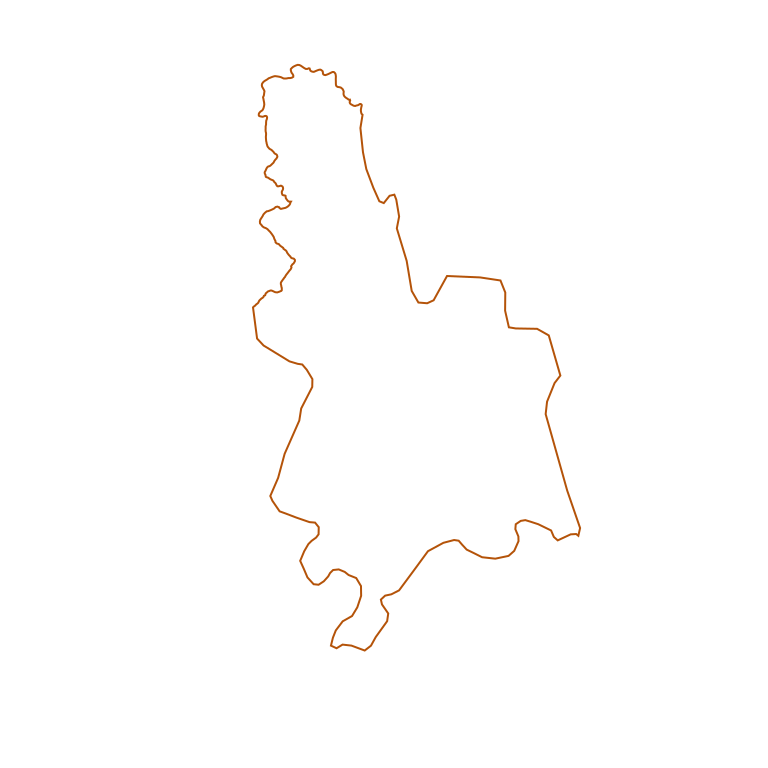 Suárez, Canelones, Uruguay (Equal Earth projection), rotated 116°
{"feature_id": "84410073B82028195358702", "entity_name": "Suárez", "entity_type": "district", "adm_level": 2, "iso_a3": "URY", "parent_name": "Uruguay", "parent_adm1": "Canelones", "projection": "equal_earth", "projection_center": [-56.061, -34.736], "detail": "fine", "context": "isolated", "style": "outline", "palette": "amber", "viewbox_px": 768, "rotation_deg": 116, "n_neighbors": 0, "source": "geoboundaries", "source_scale": "gbopen_adm2", "svg_char_len": 6046}
<svg xmlns="http://www.w3.org/2000/svg" viewBox="0 0 768 768"><g transform="rotate(116 384 384)"><path d="M642.4,317.0L642.3,310.8L636.4,307.0L633.4,298.6L632.0,284.5L624.9,281.0L615.1,280.5L595.8,277.2L588.4,279.6L583.0,289.2L579.1,292.3L573.7,290.2L569.8,285.2L562.9,280.0L539.3,275.6L515.0,271.2L500.7,261.0L493.5,252.6L492.1,248.2L494.2,243.3L496.6,237.1L496.6,229.0L496.7,219.9L492.2,207.4L483.9,196.7L476.9,193.8L466.3,194.2L462.1,196.4L456.9,202.3L452.3,204.1L447.1,201.1L444.4,197.3L443.5,191.8L442.4,183.9L442.4,169.6L447.0,164.3L448.4,159.3L437.3,150.3L434.6,145.5L435.2,142.8L427.5,144.6L399.5,172.6L340.2,225.5L328.4,229.7L308.4,231.1L299.1,229.2L268.1,257.2L267.3,270.6L276.3,289.9L278.3,296.6L265.0,307.3L248.6,315.1L239.9,324.7L246.1,344.4L259.3,374.7L287.0,376.1L292.5,380.6L295.7,388.8L288.2,399.9L263.4,417.6L238.5,440.7L226.9,443.8L212.9,453.8L209.3,457.7L212.4,461.5L221.5,463.5L221.8,468.3L212.3,479.6L198.6,494.1L184.9,504.5L164.3,517.4L151.4,521.3L151.0,522.6L150.3,523.3L149.1,524.2L147.9,524.9L146.7,525.3L145.3,525.7L143.8,526.0L143.0,526.3L142.6,527.0L142.6,527.8L143.1,528.6L144.0,529.0L144.7,529.5L145.2,530.1L146.0,531.1L146.7,531.7L147.1,532.8L147.2,533.7L147.1,535.1L147.1,536.2L146.8,537.3L146.2,538.1L145.5,538.5L144.8,538.6L144.0,538.7L143.4,539.3L143.8,539.7L143.9,540.6L143.6,541.8L143.5,543.1L143.2,544.6L142.7,545.9L141.7,547.1L140.7,547.7L138.8,548.4L137.8,549.5L137.1,550.4L136.8,551.5L136.5,552.6L136.6,553.5L136.9,554.6L137.3,555.8L137.2,557.2L136.4,558.2L135.2,558.9L134.0,559.5L132.6,560.2L131.5,560.8L130.2,561.4L128.8,562.0L128.0,562.5L126.7,563.4L125.9,564.6L125.6,565.9L126.2,567.1L127.3,568.0L128.5,568.9L129.8,569.9L131.1,571.1L132.0,572.0L132.4,573.2L132.3,574.3L131.4,575.2L130.4,575.7L129.7,576.4L129.5,577.3L129.3,578.2L129.4,579.2L130.2,580.3L131.1,581.2L132.2,582.2L133.4,583.2L134.2,583.9L134.7,585.3L134.8,586.5L134.6,587.6L133.8,588.4L133.0,589.2L133.2,590.0L134.4,591.0L135.1,592.4L135.0,594.2L134.7,596.3L134.4,598.2L134.4,599.9L135.0,601.5L136.2,602.7L137.4,603.7L138.8,604.7L140.4,605.4L141.7,605.8L142.7,605.4L143.7,604.6L144.7,603.6L145.5,602.0L146.4,600.8L147.7,600.2L149.0,601.0L150.0,602.2L150.9,604.0L152.0,605.4L152.8,606.8L153.4,608.2L153.4,609.4L153.4,611.0L153.7,612.6L154.2,614.4L154.7,615.9L155.1,617.0L156.1,618.2L157.5,619.6L158.8,620.7L159.8,621.7L161.1,622.3L162.4,623.1L163.4,623.8L164.9,624.6L166.1,625.0L167.7,625.2L169.0,624.8L170.2,623.9L170.9,622.9L171.6,621.9L172.2,621.0L173.2,619.8L174.5,619.4L175.7,619.0L176.6,618.7L177.6,618.4L178.7,618.5L179.5,618.3L180.3,617.6L181.8,616.5L183.5,615.2L185.3,614.1L187.0,613.6L189.1,613.2L190.8,613.2L191.9,613.6L193.2,614.4L194.5,614.8L195.7,615.0L197.2,614.5L197.8,613.8L197.8,613.1L197.4,611.5L197.1,610.4L196.4,609.5L195.4,608.7L194.8,607.6L194.9,606.6L195.9,605.8L197.4,605.4L198.9,605.3L200.7,604.6L202.4,603.8L204.4,603.3L206.0,602.5L207.6,601.8L209.0,601.0L210.2,600.0L211.6,599.3L213.7,598.5L215.3,597.6L217.3,596.4L218.5,595.4L219.3,594.9L220.1,594.1L221.1,593.3L221.8,592.4L222.2,591.4L222.7,590.4L222.9,589.0L222.9,587.8L223.4,586.4L223.8,585.1L224.5,583.9L224.8,582.9L224.8,581.7L224.9,581.1L225.3,580.4L225.8,580.0L226.4,579.5L227.0,579.4L227.9,579.5L228.6,579.5L229.6,579.9L230.5,580.1L231.6,580.3L232.6,580.3L233.7,580.4L234.7,580.8L236.1,581.3L237.4,581.8L238.4,582.4L239.2,583.4L240.3,583.9L241.7,584.1L243.6,584.0L245.0,584.0L245.6,584.1L246.4,583.9L247.3,583.2L247.8,582.4L248.8,581.7L249.6,581.0L249.6,580.0L249.4,579.0L249.5,577.8L249.7,576.8L249.8,575.7L249.7,574.3L249.6,573.1L249.9,572.1L250.3,571.6L250.7,570.8L250.8,570.1L251.3,569.1L251.9,568.4L252.6,567.5L253.0,566.5L252.7,565.7L252.3,565.2L251.6,564.3L250.9,563.6L250.9,562.7L251.0,561.8L251.6,561.0L252.7,560.3L253.1,560.2L253.8,560.1L255.0,560.2L256.2,560.1L257.6,559.2L258.5,558.2L258.5,557.3L258.3,556.5L258.0,555.8L258.0,555.0L259.0,554.4L260.0,553.7L260.7,552.5L261.4,551.1L261.8,549.9L261.6,549.1L261.2,548.3L260.9,547.6L262.0,547.7L263.2,547.4L264.5,547.5L266.3,548.1L267.7,548.9L268.9,549.8L270.4,551.7L271.8,553.4L271.7,555.0L271.1,555.7L271.3,557.6L272.5,559.0L274.4,559.7L275.9,560.8L277.7,562.3L279.4,563.9L280.2,565.1L282.4,566.1L284.5,566.7L286.5,566.7L288.8,567.0L290.6,567.2L292.3,566.8L293.9,565.9L294.6,564.5L294.9,563.6L295.6,562.4L295.9,560.5L295.7,558.5L295.9,556.6L296.5,555.1L297.2,553.0L298.6,550.2L300.1,547.7L301.8,546.0L303.1,544.2L303.5,544.0L304.1,543.7L304.3,543.3L304.6,542.5L304.7,541.8L304.5,540.7L304.4,539.8L304.7,539.1L305.0,538.5L305.3,537.5L305.5,536.2L305.7,535.1L305.8,534.3L306.5,533.7L306.8,532.2L307.0,530.8L307.5,529.7L308.4,528.7L309.1,527.4L309.7,526.2L310.2,524.9L310.5,523.9L311.0,523.4L311.2,522.9L311.3,521.8L311.0,520.7L310.9,519.9L311.2,519.2L311.6,518.4L312.8,517.9L314.0,518.0L315.2,518.1L316.7,518.8L318.9,519.1L319.9,518.2L321.9,518.2L323.6,518.7L325.7,519.1L327.2,519.4L328.4,519.7L329.9,519.9L331.2,519.9L332.4,520.3L333.2,520.3L334.2,520.6L335.1,520.7L336.7,521.0L338.1,521.1L339.1,520.7L339.7,520.3L340.6,519.5L341.7,518.8L342.1,518.3L342.8,517.8L343.5,517.5L344.4,517.0L345.3,517.1L345.9,517.7L346.7,518.3L347.5,519.1L348.4,520.0L348.9,521.1L349.2,522.3L349.2,523.9L349.2,525.1L349.4,526.4L349.8,527.1L350.8,528.0L351.7,528.9L352.8,529.3L354.4,530.0L355.3,529.9L356.3,529.7L356.7,530.0L357.4,530.6L358.6,530.5L359.8,530.9L360.8,531.6L362.4,532.2L363.5,532.6L364.6,532.7L366.0,532.6L367.1,533.0L368.6,533.8L369.8,534.1L370.9,534.6L371.7,535.1L372.6,535.3L384.4,527.5L398.8,518.0L402.2,509.1L405.1,478.9L403.7,470.4L402.3,466.0L405.1,459.6L411.0,450.5L418.1,447.2L442.3,447.7L454.0,444.1L490.3,442.7L514.8,438.0L534.5,437.1L537.9,433.1L544.2,422.0L543.5,415.5L542.5,404.3L540.8,390.4L538.8,385.2L541.3,379.9L547.8,376.9L551.8,377.7L556.7,380.3L561.0,381.8L569.3,382.4L579.7,381.8L585.4,374.9L591.4,368.0L594.8,359.5L593.1,354.8L587.7,351.6L581.4,349.8L577.5,349.6L573.5,348.2L570.5,343.4L570.1,336.9L571.2,332.1L570.6,323.9L575.7,316.1L584.4,311.7L596.4,310.1L606.5,311.0L615.4,317.1L626.6,319.3L634.4,318.7L642.4,317.0Z" fill="none" stroke="#b45309" stroke-width="2"/></g></svg>